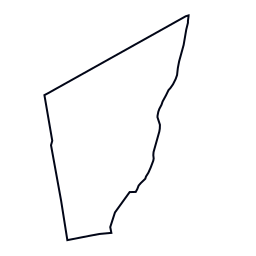 outline of McCracken, Kentucky, United States of America, rotated 80°
{"feature_id": "52423323B88387412607829", "entity_name": "McCracken", "entity_type": "district", "adm_level": 2, "iso_a3": "USA", "parent_name": "United States of America", "parent_adm1": "Kentucky", "projection": "natural_earth1", "projection_center": [-88.715, 37.085], "detail": "fine", "context": "isolated", "style": "outline", "palette": "ink", "viewbox_px": 256, "rotation_deg": 80, "n_neighbors": 0, "source": "geoboundaries", "source_scale": "gbopen_adm2", "svg_char_len": 743}
<svg xmlns="http://www.w3.org/2000/svg" viewBox="0 0 256 256"><g transform="rotate(80 128 128)"><path d="M27.6,48.8L28.0,51.8L56.1,132.5L77.2,193.1L79.8,200.5L81.1,204.6L127.4,204.8L131.6,206.8L188.1,206.5L227.9,207.2L227.5,185.6L227.4,174.5L228.4,162.6L222.5,162.7L208.9,155.5L191.4,137.5L192.3,131.5L189.8,129.5L186.5,127.5L184.4,124.9L181.0,119.8L178.9,118.7L175.6,115.7L171.0,112.6L164.6,108.8L162.5,108.0L159.2,107.8L156.1,107.0L137.0,97.8L134.2,96.8L130.4,96.0L122.5,97.1L121.1,96.8L117.2,95.3L114.6,93.8L111.0,91.0L107.9,89.3L102.4,84.9L97.7,81.5L96.1,79.4L92.8,76.1L88.1,72.6L84.4,70.5L77.6,68.5L71.3,66.1L55.9,58.8L41.1,53.5L34.8,50.7L33.0,50.4L29.8,49.4L28.2,48.9L27.6,48.8Z" fill="none" stroke="#020617" stroke-width="2"/></g></svg>